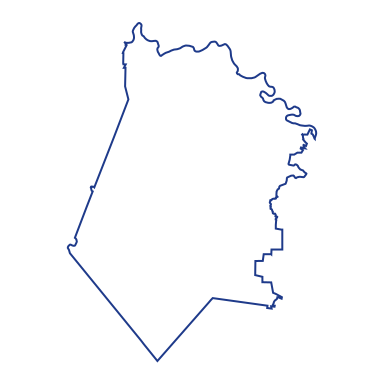 Camargo, Tamaulipas, Mexico (orthographic projection)
{"feature_id": "50627088B36916974246303", "entity_name": "Camargo", "entity_type": "district", "adm_level": 2, "iso_a3": "MEX", "parent_name": "Mexico", "parent_adm1": "Tamaulipas", "projection": "orthographic", "projection_center": [-98.799, 26.181], "detail": "fine", "context": "isolated", "style": "outline", "palette": "blue", "viewbox_px": 384, "rotation_deg": 0, "n_neighbors": 0, "source": "geoboundaries", "source_scale": "gbopen_adm2", "svg_char_len": 5884}
<svg xmlns="http://www.w3.org/2000/svg" viewBox="0 0 384 384"><path d="M157.4,361.0L208.5,302.8L210.8,300.1L212.7,298.1L267.5,305.7L267.2,308.0L271.6,308.6L271.1,306.3L274.5,306.7L274.7,305.7L273.6,305.6L272.8,304.9L273.6,303.4L273.8,302.3L274.3,301.3L275.2,300.2L275.8,299.9L277.0,298.8L277.4,297.2L279.0,297.6L281.6,298.7L281.9,297.2L275.6,293.8L273.1,292.8L271.2,282.4L262.4,282.2L262.4,276.8L255.2,275.1L255.4,261.0L262.8,260.9L263.7,254.2L271.2,254.2L271.3,254.3L271.5,249.5L282.3,249.5L282.3,229.6L281.4,229.6L275.8,228.6L275.8,225.0L276.1,221.0L276.3,220.3L276.2,219.5L275.7,219.4L275.7,218.9L276.6,218.0L277.1,217.4L277.2,216.8L276.9,216.6L276.6,216.5L276.4,216.5L276.1,216.7L275.6,216.6L275.4,216.4L275.4,216.1L275.7,215.8L275.8,215.1L275.5,214.4L275.1,213.7L274.7,213.6L274.3,213.8L273.9,213.8L272.9,213.3L272.7,212.6L272.8,212.2L272.8,211.5L272.4,211.2L272.1,210.4L272.0,209.8L271.5,209.1L270.6,208.9L270.5,208.5L270.7,207.7L270.4,207.0L270.5,206.8L270.8,206.6L270.7,206.3L270.4,206.1L270.3,205.8L270.4,205.4L270.7,205.2L270.9,204.8L270.9,204.1L270.8,203.8L269.9,202.9L269.8,202.5L269.9,201.9L270.2,201.5L270.4,201.1L270.2,200.8L270.3,200.2L270.7,200.1L271.1,200.2L271.5,200.1L271.8,199.5L272.5,199.0L273.4,198.7L274.6,198.8L275.5,198.7L275.9,198.5L275.7,198.0L275.7,197.6L275.9,197.3L276.8,197.1L277.2,197.0L277.5,196.8L276.4,195.4L276.4,194.8L276.6,191.5L277.7,189.4L279.0,188.6L279.4,186.6L280.1,185.8L285.5,183.8L285.9,183.0L286.7,180.6L286.9,178.1L287.2,177.5L291.1,175.7L293.3,175.5L293.8,175.8L295.2,177.8L296.0,178.1L297.2,177.3L299.3,176.8L300.3,176.8L303.5,177.2L304.2,176.9L306.2,174.3L306.4,173.6L305.9,173.1L305.3,172.9L303.9,171.6L303.1,170.5L300.4,169.5L299.6,168.7L298.9,167.9L298.3,167.0L297.8,165.8L296.7,164.8L295.8,164.4L295.2,164.4L294.7,164.7L294.3,165.2L293.8,165.5L293.1,165.5L289.5,164.8L288.9,164.6L288.6,164.2L288.5,163.9L289.7,159.6L290.3,155.5L290.3,154.6L294.2,154.6L297.3,152.7L301.4,152.7L303.0,150.1L300.7,148.6L301.0,147.5L305.0,148.3L304.1,147.3L303.6,146.1L303.5,145.0L303.6,144.9L306.0,146.0L306.9,143.6L305.8,142.6L305.4,142.4L305.3,142.1L304.9,141.5L304.6,141.3L303.6,140.2L303.1,139.3L303.5,139.0L303.0,137.4L302.9,136.0L302.6,135.2L302.1,134.6L302.5,134.2L303.1,134.8L303.3,134.8L304.4,134.5L306.2,134.6L307.4,134.6L309.9,129.4L311.9,130.3L311.4,133.6L312.2,134.1L312.8,134.5L314.1,137.4L314.5,138.6L314.8,138.9L314.8,138.2L315.2,136.9L315.8,135.2L316.1,134.1L316.2,133.2L316.0,131.3L315.2,129.4L314.3,128.0L313.7,127.4L312.8,126.8L311.7,126.2L310.3,125.7L309.2,125.5L306.9,125.8L305.0,125.9L301.7,125.5L299.9,125.2L297.6,124.2L295.0,123.3L293.5,123.3L292.1,123.0L286.9,120.4L286.3,119.8L286.0,119.1L286.0,118.7L286.0,117.9L286.1,117.2L286.5,116.5L286.8,116.1L287.3,115.7L288.2,115.3L291.2,114.7L292.8,114.6L293.9,114.8L295.9,115.9L297.0,116.1L298.2,116.1L299.2,115.8L299.8,115.2L300.3,114.4L300.5,113.5L300.3,112.7L299.9,110.4L299.6,109.5L299.1,108.9L298.6,108.3L297.7,107.7L296.4,107.3L295.2,106.6L294.5,106.6L293.9,106.7L292.4,107.9L290.5,108.9L289.0,109.1L288.4,109.0L287.7,108.5L286.8,107.4L286.1,105.3L285.7,103.9L285.0,102.1L284.4,101.3L283.6,100.6L280.3,98.8L278.9,98.7L276.6,98.9L273.9,100.2L273.6,100.4L273.3,101.4L272.3,102.1L271.5,102.6L270.5,102.8L269.4,102.9L268.1,102.8L265.4,102.1L264.1,101.2L263.4,100.0L263.0,98.6L262.3,97.7L261.2,96.9L260.6,96.0L260.2,95.2L260.4,94.3L261.2,92.0L261.8,91.6L262.9,91.4L264.2,91.9L265.9,93.0L267.5,94.4L268.6,95.5L269.4,95.8L270.4,95.9L271.5,95.9L272.3,95.6L273.2,94.9L273.6,94.4L274.3,93.1L274.6,92.3L274.7,91.4L274.5,89.7L273.8,88.1L273.3,87.4L272.5,87.0L271.7,86.8L270.2,86.7L268.9,86.2L267.8,84.9L266.8,83.4L265.7,81.0L265.0,78.7L264.9,77.9L265.0,77.2L265.4,75.8L265.4,75.3L265.1,74.3L264.7,73.7L264.2,73.3L263.8,73.0L263.0,72.9L262.2,72.9L260.2,73.7L255.3,77.1L254.4,77.5L251.5,78.2L250.1,78.2L247.4,78.2L246.1,78.0L242.7,76.7L240.9,75.7L240.1,75.3L239.4,74.4L238.9,74.2L238.4,74.3L237.8,74.2L237.0,73.4L236.9,73.0L236.8,72.5L237.6,71.3L237.8,70.6L237.9,69.7L237.9,68.9L237.8,68.2L236.8,66.5L234.3,63.9L233.5,62.7L232.2,60.3L231.2,56.9L231.0,55.7L230.8,53.3L230.6,51.2L230.2,49.8L229.7,48.9L227.6,45.9L226.5,44.8L226.0,44.4L225.4,44.2L224.9,44.1L224.1,44.4L221.4,45.6L219.8,45.9L219.0,45.8L218.5,45.6L218.0,45.0L217.7,44.4L216.4,42.5L215.7,41.9L215.1,41.7L214.4,41.6L212.0,41.9L211.3,42.1L210.5,42.6L209.7,43.5L208.9,44.7L206.9,47.2L206.1,47.8L202.5,50.0L199.4,51.4L198.3,51.6L196.5,51.6L195.7,51.4L194.9,50.9L194.5,50.5L193.8,48.2L193.5,47.6L192.9,46.9L189.4,45.8L187.2,45.6L186.0,45.5L184.7,45.8L182.6,46.6L180.2,48.2L178.8,48.7L177.2,49.2L174.0,49.6L171.2,50.6L169.1,51.7L165.8,52.8L164.2,53.7L161.9,55.2L161.4,55.7L160.9,55.9L160.1,55.6L159.7,55.1L159.2,54.3L158.8,53.4L158.0,52.1L157.6,51.0L157.3,49.6L157.5,48.3L158.4,47.1L158.6,46.8L158.7,46.2L158.6,45.3L158.3,44.6L157.6,42.2L157.2,41.6L156.2,41.0L155.8,40.8L154.1,40.9L151.9,41.2L150.0,41.1L148.3,40.5L147.5,40.1L146.4,39.4L144.9,38.0L143.7,36.3L142.4,35.5L141.8,34.6L141.2,32.8L141.1,31.8L141.2,30.0L141.1,28.1L141.5,26.0L141.5,25.1L141.3,24.6L140.8,23.9L139.9,23.2L139.2,23.0L138.7,23.1L137.7,23.7L136.5,25.3L135.2,26.6L134.1,28.1L133.1,30.2L132.8,31.2L132.8,31.9L133.8,35.1L134.0,37.1L134.0,38.0L133.7,39.3L133.4,40.1L132.3,41.7L131.5,42.3L130.5,42.5L128.9,42.8L127.5,42.9L126.5,42.9L125.4,42.6L124.2,41.9L125.1,43.0L126.1,43.9L125.6,44.8L126.6,45.2L123.1,52.1L122.8,53.1L123.4,53.2L123.2,63.5L123.3,63.7L123.4,64.3L125.7,64.4L123.9,67.8L125.5,67.8L125.1,86.4L128.4,99.4L113.9,137.3L94.3,187.4L93.9,187.0L93.3,186.7L92.6,186.9L92.0,186.5L91.2,186.6L91.0,186.8L90.8,187.6L91.0,187.8L91.4,189.8L91.7,190.7L92.1,191.1L92.7,191.4L86.7,206.8L74.9,237.8L75.8,238.6L76.4,239.6L76.8,241.5L76.6,242.3L75.1,245.4L74.6,245.7L73.7,245.8L72.4,245.5L70.8,244.7L70.1,244.6L69.4,245.1L68.4,246.1L67.9,247.1L67.8,247.9L69.0,250.0L69.9,253.2L141.1,340.6L144.0,344.4L157.4,361.0Z" fill="none" stroke="#1e3a8a" stroke-width="2"/></svg>